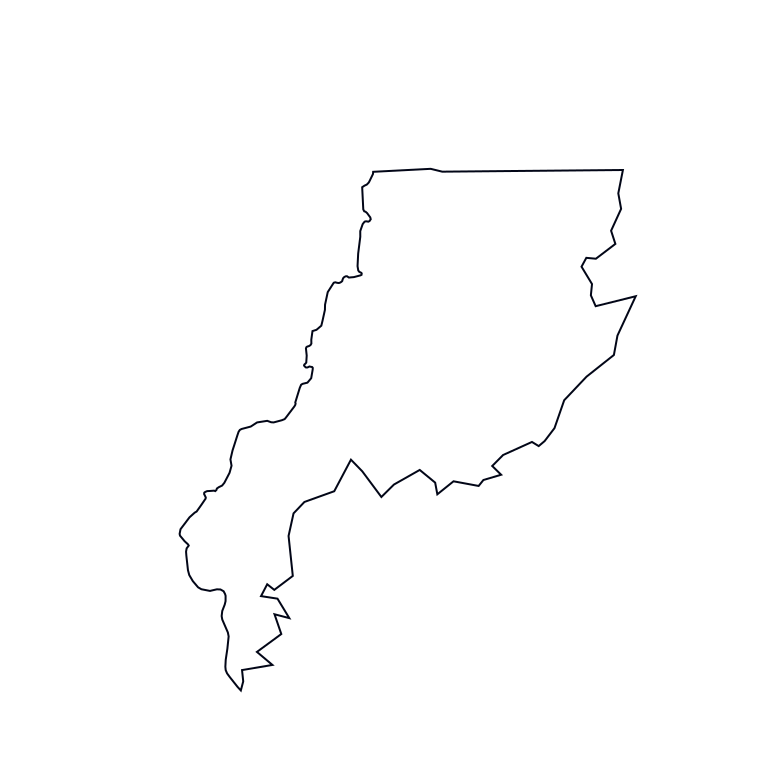 outline of Jasper, South Carolina, United States of America, rotated 44°
{"feature_id": "52423323B27439582532785", "entity_name": "Jasper", "entity_type": "district", "adm_level": 2, "iso_a3": "USA", "parent_name": "United States of America", "parent_adm1": "South Carolina", "projection": "equal_earth", "projection_center": [-81.085, 32.394], "detail": "fine", "context": "isolated", "style": "outline", "palette": "ink", "viewbox_px": 768, "rotation_deg": 44, "n_neighbors": 0, "source": "geoboundaries", "source_scale": "gbopen_adm2", "svg_char_len": 2682}
<svg xmlns="http://www.w3.org/2000/svg" viewBox="0 0 768 768"><g transform="rotate(44 384 384)"><path d="M228.8,238.9L230.2,240.6L232.9,248.9L233.1,249.8L233.1,252.5L232.2,254.8L231.6,257.6L247.8,272.8L249.8,273.5L251.1,272.9L253.1,272.8L258.4,273.7L260.0,274.7L260.4,276.9L259.9,278.2L258.6,279.0L257.5,280.1L257.3,281.2L257.6,283.8L260.7,290.5L264.7,294.6L274.8,308.1L283.1,317.6L286.6,320.2L288.2,320.5L290.4,319.8L291.1,319.9L292.0,321.1L291.6,322.2L288.1,328.0L284.8,331.8L282.5,332.2L281.6,333.2L281.1,334.7L281.1,336.2L281.7,337.7L282.4,338.9L282.4,339.9L282.1,341.3L281.4,342.7L280.1,343.7L278.3,344.7L277.5,346.1L279.7,357.0L286.5,367.9L290.0,371.7L295.9,381.3L298.4,385.6L297.8,391.9L295.8,395.6L296.3,396.3L300.9,402.6L303.7,405.4L304.1,407.1L303.7,408.8L302.8,410.4L302.6,411.4L303.1,412.6L308.7,417.3L313.2,422.6L313.3,423.8L313.2,425.2L313.4,425.9L313.6,426.2L313.9,426.3L314.4,426.4L315.2,426.4L316.2,426.4L317.2,425.6L317.6,424.9L318.2,423.2L320.6,421.7L321.6,421.9L322.7,423.2L327.6,430.4L328.0,436.2L325.3,440.5L324.9,442.1L326.1,445.3L333.0,458.9L334.0,459.5L334.7,460.7L335.1,462.4L336.8,476.5L336.9,478.2L336.9,478.3L335.7,481.0L331.3,488.3L329.4,489.9L325.6,491.6L319.4,499.8L317.7,507.2L312.8,515.3L312.2,517.2L312.6,519.4L314.2,522.8L318.9,532.3L321.2,537.0L325.5,544.2L325.9,544.9L331.1,548.7L334.6,555.2L337.8,566.0L338.1,569.5L336.8,573.1L336.4,575.3L337.1,576.7L337.0,578.3L335.9,578.7L333.7,581.2L331.2,583.9L330.4,585.8L330.2,587.0L331.0,588.1L334.6,589.4L335.3,590.4L336.4,596.8L336.6,598.0L337.8,605.9L337.2,608.0L336.7,615.0L338.5,629.8L341.1,633.8L342.6,634.8L349.8,635.6L354.5,635.5L355.8,635.9L356.2,639.3L358.0,642.0L358.4,642.4L361.1,644.8L372.3,654.1L376.6,656.7L383.4,658.6L391.5,659.4L395.2,658.5L402.6,653.7L403.6,652.1L406.4,647.8L409.1,645.4L412.6,644.5L415.6,645.5L417.2,646.4L420.9,650.3L422.7,653.4L425.3,659.6L428.4,663.7L431.3,665.8L444.3,671.2L447.6,673.5L455.2,683.2L461.7,692.3L466.3,697.6L468.9,699.8L472.2,701.2L477.0,702.0L488.9,703.6L493.9,703.9L489.3,695.7L480.6,688.4L498.9,663.6L478.7,665.0L483.8,635.2L465.2,625.7L478.5,618.2L456.5,612.4L442.9,622.0L439.1,609.2L448.1,608.3L451.7,585.4L420.9,559.6L408.8,539.9L408.7,524.1L422.7,495.7L412.8,461.4L429.0,461.9L460.6,467.1L461.0,449.4L469.4,421.0L489.3,419.4L499.0,426.3L501.6,405.7L522.9,391.6L522.2,384.0L531.3,367.9L518.8,367.8L519.0,352.3L530.7,322.9L538.4,321.2L539.2,313.5L537.3,297.3L524.9,270.5L524.6,238.0L529.2,203.4L518.3,187.0L504.1,146.0L482.2,181.0L471.2,176.5L464.2,167.6L444.6,162.4L441.9,152.7L449.4,146.7L453.1,122.5L440.9,116.0L432.9,93.3L420.1,84.1L407.2,64.1L278.4,190.8L268.1,196.8L228.8,238.9Z" fill="none" stroke="#020617" stroke-width="2"/></g></svg>